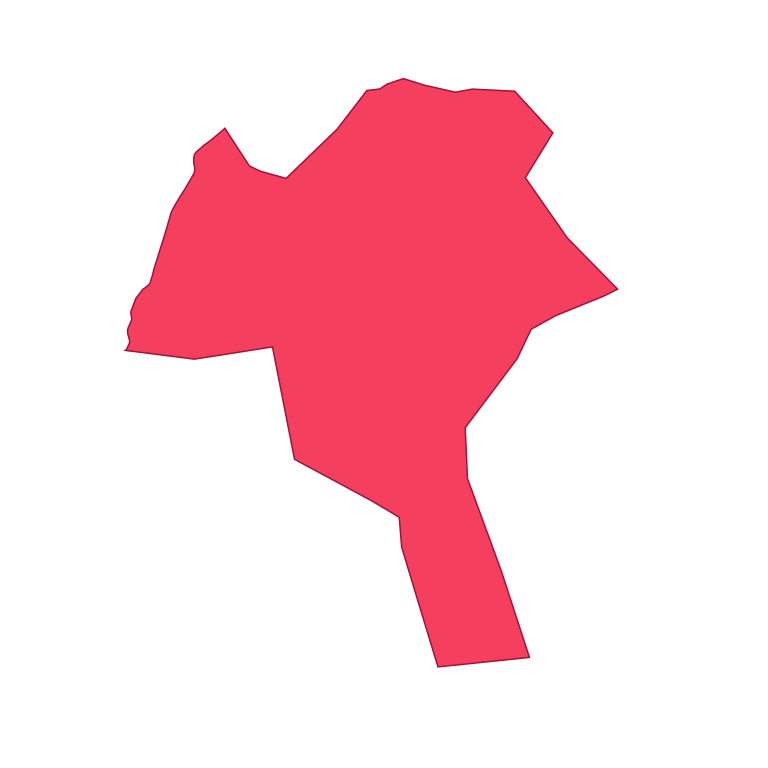 Cagaandelger, Dundgovi, Mongolia (Equal Earth projection), rotated 259°
{"feature_id": "93677404B83577938576500", "entity_name": "Cagaandelger", "entity_type": "district", "adm_level": 2, "iso_a3": "MNG", "parent_name": "Mongolia", "parent_adm1": "Dundgovi", "projection": "equal_earth", "projection_center": [107.979, 46.403], "detail": "fine", "context": "isolated", "style": "filled", "palette": "rose", "viewbox_px": 768, "rotation_deg": 259, "n_neighbors": 0, "source": "geoboundaries", "source_scale": "gbopen_adm2", "svg_char_len": 1332}
<svg xmlns="http://www.w3.org/2000/svg" viewBox="0 0 768 768"><g transform="rotate(259 384 384)"><path d="M96.0,383.0L87.9,474.6L178.6,463.4L275.3,447.9L325.6,455.4L383.5,519.6L409.7,538.9L418.4,565.8L428.6,617.5L432.5,631.4L492.2,591.9L559.5,562.1L598.3,597.7L646.5,568.1L656.6,527.1L656.8,509.8L669.4,481.1L680.1,461.3L677.9,444.5L674.4,436.1L675.4,423.2L643.1,386.6L604.5,327.1L616.7,302.8L623.8,293.4L665.4,276.6L663.9,274.1L663.1,272.7L660.7,268.3L657.4,262.5L656.1,260.0L652.8,253.0L648.4,245.4L647.2,243.5L645.8,242.0L644.2,241.1L641.0,240.0L636.4,239.3L633.8,239.5L631.5,239.3L629.6,238.9L627.8,238.0L626.2,237.0L613.6,226.0L606.7,219.4L601.2,214.5L595.9,210.0L593.5,208.1L574.6,198.4L569.9,195.9L551.1,185.7L540.6,180.0L535.0,177.6L531.4,175.5L529.4,174.5L527.4,173.5L526.3,172.0L524.1,168.0L522.8,165.0L522.2,164.3L521.1,163.2L519.9,161.9L515.3,156.7L512.0,154.7L508.9,152.7L502.8,149.1L499.2,148.9L495.4,148.7L492.4,146.6L487.5,143.3L485.3,142.4L485.1,142.3L484.4,142.3L483.2,142.1L482.9,142.0L477.5,142.4L474.9,142.5L474.5,142.5L474.2,142.4L473.9,142.3L473.4,142.1L472.9,141.9L472.1,141.5L471.1,140.8L470.5,140.3L468.5,138.9L467.2,137.8L466.5,137.2L466.3,136.6L444.6,202.5L441.7,281.6L327.1,281.8L272.1,349.1L250.3,373.5L220.5,370.2L171.3,375.2L96.0,383.0Z" fill="#f43f5e" stroke="#9f1239" stroke-width="1.5"/></g></svg>